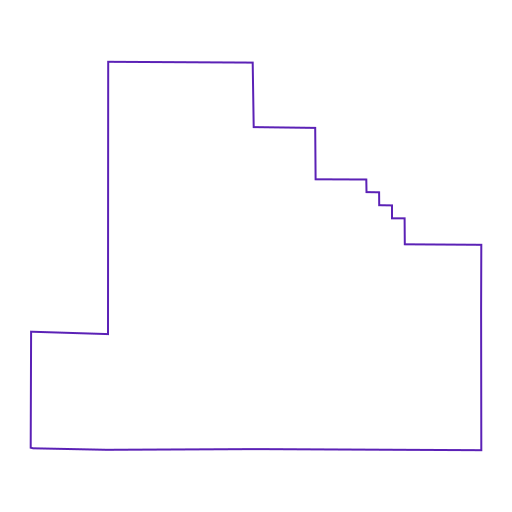 outline of Shelby, Illinois, United States of America
{"feature_id": "52423323B22684777777250", "entity_name": "Shelby", "entity_type": "district", "adm_level": 2, "iso_a3": "USA", "parent_name": "United States of America", "parent_adm1": "Illinois", "projection": "equal_earth", "projection_center": [-88.76, 39.435], "detail": "fine", "context": "isolated", "style": "outline", "palette": "violet", "viewbox_px": 512, "rotation_deg": 0, "n_neighbors": 0, "source": "geoboundaries", "source_scale": "gbopen_adm2", "svg_char_len": 397}
<svg xmlns="http://www.w3.org/2000/svg" viewBox="0 0 512 512"><path d="M252.7,62.6L108.2,61.8L108.0,334.1L31.1,331.7L30.7,447.7L33.1,448.3L106.6,449.8L256.1,449.1L481.3,450.2L481.1,309.0L481.3,244.8L404.8,244.3L404.6,218.3L392.0,218.3L392.0,205.4L379.2,205.2L379.1,192.3L366.5,192.1L366.3,179.5L315.6,179.3L315.2,127.9L253.7,127.1L252.7,62.6Z" fill="none" stroke="#5b21b6" stroke-width="2"/></svg>